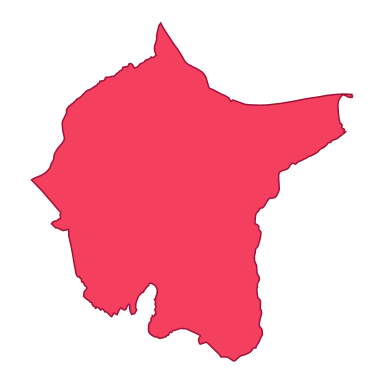 Thuan Bac, Ninh Thuận, Vietnam (Albers equal-area conic projection)
{"feature_id": "81297802B93158398760307", "entity_name": "Thuan Bac", "entity_type": "district", "adm_level": 2, "iso_a3": "VNM", "parent_name": "Vietnam", "parent_adm1": "Ninh Thuận", "projection": "albers", "projection_center": [109.083, 11.744], "detail": "fine", "context": "isolated", "style": "filled", "palette": "rose", "viewbox_px": 384, "rotation_deg": 0, "n_neighbors": 0, "source": "geoboundaries", "source_scale": "gbopen_adm2", "svg_char_len": 5911}
<svg xmlns="http://www.w3.org/2000/svg" viewBox="0 0 384 384"><path d="M76.1,274.0L77.4,276.5L78.2,277.0L79.1,276.7L79.5,276.7L79.7,277.0L80.1,278.2L81.4,279.2L81.6,281.7L82.0,282.1L82.9,282.3L83.6,282.9L84.1,284.4L84.6,285.3L86.0,286.5L86.6,287.3L86.8,288.6L84.2,291.6L83.6,296.0L83.9,296.7L86.4,298.9L89.4,301.0L89.9,301.9L91.1,302.4L92.1,303.1L92.1,304.3L92.7,304.6L93.1,305.9L94.6,306.6L95.1,307.4L95.3,308.2L95.9,308.3L96.8,307.2L97.1,307.2L97.6,307.3L98.6,307.9L100.6,310.1L100.8,310.0L101.8,309.2L103.2,309.4L104.0,310.2L104.7,311.8L105.3,311.9L106.3,311.8L106.6,312.0L108.6,313.9L110.6,316.1L111.7,316.7L113.8,313.1L117.1,314.7L118.5,311.4L120.4,307.9L124.4,310.0L125.8,309.5L127.2,306.2L127.9,305.1L128.2,304.3L128.5,304.2L129.1,304.3L129.8,305.0L129.5,306.6L130.1,310.9L131.6,314.4L132.6,314.1L133.0,313.7L134.1,313.9L134.9,313.2L135.6,311.7L136.4,310.6L136.6,309.6L136.1,308.9L135.8,307.7L135.6,306.4L135.9,304.9L135.6,304.6L135.9,303.3L137.7,298.0L138.3,296.7L140.1,294.4L141.9,292.7L142.6,292.2L143.2,292.3L143.8,291.9L144.0,290.6L144.3,289.9L145.0,289.6L146.1,287.9L149.0,284.9L149.1,283.7L149.6,283.4L149.9,283.0L151.8,283.6L153.8,284.6L155.7,286.2L156.9,288.8L157.4,292.2L157.4,292.8L156.8,293.1L157.2,294.1L157.1,294.5L156.2,295.4L155.6,298.4L155.5,298.7L154.4,299.3L154.8,299.9L155.7,302.1L155.2,303.6L155.1,304.7L156.1,306.2L156.1,307.1L154.7,309.9L155.7,311.8L155.5,313.1L155.9,313.8L156.0,314.3L154.7,314.6L154.4,316.0L153.9,316.4L152.3,315.5L152.1,317.0L151.0,318.3L150.9,321.3L150.7,321.7L149.1,323.1L149.3,323.9L148.7,324.9L148.5,328.4L148.5,330.2L148.9,332.1L149.9,333.7L152.3,335.5L154.8,336.9L157.7,337.1L158.7,338.2L159.2,338.3L160.8,338.2L163.1,337.6L166.2,336.6L166.7,335.5L168.4,335.2L169.6,332.4L170.0,332.3L171.6,332.5L172.4,331.0L172.9,330.7L174.6,330.5L175.0,330.2L180.4,328.5L181.5,328.4L184.0,328.8L184.9,328.8L185.6,328.5L199.6,335.0L200.1,335.5L200.3,335.9L198.9,338.3L198.6,339.4L198.5,340.5L198.9,341.0L199.3,343.2L199.7,343.8L200.2,344.1L201.2,343.9L204.1,342.9L206.7,342.2L218.8,353.9L219.9,355.1L220.7,356.9L226.7,357.0L228.3,357.5L232.8,360.6L234.2,361.0L235.2,360.5L236.2,359.7L239.3,356.8L240.7,355.8L244.5,354.8L247.7,353.5L250.7,351.7L253.1,348.5L254.6,347.8L255.9,347.9L256.4,345.9L258.7,342.6L260.8,337.5L262.3,335.0L262.4,334.1L262.1,330.5L261.8,329.2L259.4,325.9L259.1,324.7L260.2,318.6L261.5,313.8L261.4,310.6L261.2,310.1L260.3,309.4L260.5,301.4L260.2,300.4L259.6,299.4L257.8,297.6L257.0,292.3L256.8,289.4L257.5,286.8L257.4,284.9L257.6,283.6L257.8,282.8L259.0,280.9L259.4,279.4L259.3,278.1L258.7,276.1L257.7,274.5L257.2,273.3L256.9,271.9L256.6,265.7L256.1,264.5L255.4,263.6L255.6,263.1L255.5,262.4L254.8,261.8L254.6,261.1L254.4,256.3L255.3,252.4L255.5,249.7L256.2,248.2L257.5,246.9L258.4,245.1L260.5,237.1L260.9,233.4L260.9,232.1L260.5,231.3L259.1,230.0L258.8,229.4L258.7,226.2L258.1,225.3L255.3,223.6L255.0,222.6L255.2,219.0L255.6,215.2L256.2,213.6L257.2,212.3L258.5,211.0L259.5,209.2L260.3,208.3L262.6,207.8L263.8,206.7L264.7,205.5L267.0,201.4L268.3,199.4L269.4,198.5L271.0,198.1L273.1,198.0L274.8,197.5L275.7,196.9L276.6,195.7L278.1,192.8L279.1,190.3L279.3,187.9L278.7,179.3L278.7,175.1L279.1,173.2L280.0,171.9L281.3,171.0L285.4,169.7L287.4,168.9L288.5,167.9L290.5,164.8L291.6,163.7L292.3,163.3L293.4,163.3L294.8,163.9L295.7,164.2L296.5,163.4L297.0,162.6L298.7,161.6L300.8,160.8L306.7,157.8L308.9,156.3L310.7,156.0L313.3,154.6L314.5,154.1L315.2,153.5L317.1,152.5L320.1,149.3L321.3,148.6L323.8,147.5L324.7,146.7L326.9,144.7L327.5,143.6L328.0,143.0L328.4,142.8L330.7,142.5L331.5,141.0L332.6,140.4L337.6,138.3L338.7,137.4L339.8,136.3L340.8,135.9L342.3,134.4L344.3,133.2L346.3,131.1L344.6,132.3L344.3,132.3L343.7,131.9L344.1,131.0L344.4,129.5L344.2,129.2L342.9,128.6L342.1,127.9L341.7,127.3L341.7,126.9L341.9,126.0L342.2,125.5L341.3,123.8L340.4,123.7L340.0,122.7L339.0,118.7L338.4,113.7L337.9,106.4L338.2,102.1L339.0,99.7L339.6,98.6L340.8,96.8L341.8,95.7L343.1,94.7L344.1,94.7L344.3,95.3L344.7,95.5L345.2,95.1L346.2,95.1L346.3,95.2L346.4,96.1L347.5,96.8L348.9,97.0L350.0,97.5L350.6,97.5L352.0,97.4L352.2,97.0L352.4,96.9L352.2,96.4L352.5,95.9L351.8,95.4L351.9,94.4L344.0,94.0L336.2,94.4L327.7,95.3L318.7,96.9L305.9,98.8L294.0,101.2L280.1,103.5L267.0,105.0L260.4,105.2L250.1,104.9L244.8,104.3L233.1,100.0L232.6,100.1L231.2,101.4L230.7,101.4L229.9,100.0L229.4,98.5L228.0,97.4L225.3,95.8L221.0,93.9L212.4,89.3L209.8,88.6L208.9,87.5L206.0,77.5L204.1,74.2L201.8,71.8L196.8,68.8L188.8,64.7L186.9,63.5L184.7,61.1L182.3,56.8L177.4,48.9L174.1,44.6L163.6,28.5L161.7,25.0L160.8,23.0L158.9,25.6L156.6,35.5L156.6,39.9L154.8,45.2L154.4,48.0L154.8,51.5L156.2,55.2L154.9,56.1L153.8,57.3L153.1,57.6L152.6,57.5L151.5,57.0L151.0,57.1L149.9,58.4L149.2,58.9L146.6,59.7L145.7,60.2L144.0,62.1L143.4,62.6L140.7,63.6L139.6,64.4L137.8,66.6L136.4,67.4L135.6,67.7L134.4,67.7L133.3,66.5L132.7,65.0L131.9,64.1L130.6,63.6L129.8,63.5L129.1,63.8L128.0,66.1L127.5,66.6L126.8,66.9L125.3,66.5L124.5,67.1L122.8,67.3L122.5,68.0L122.4,69.6L120.5,70.5L119.7,71.0L118.7,72.1L116.1,74.1L114.6,75.9L113.8,76.3L112.6,76.3L111.2,76.5L109.1,77.3L106.7,77.1L106.2,77.2L105.6,77.6L105.1,78.1L105.0,79.2L104.7,79.7L103.9,80.4L102.9,80.8L99.8,81.2L99.5,82.4L98.9,83.2L97.9,83.8L97.1,84.9L89.5,89.9L88.3,89.9L86.1,91.3L84.7,92.9L83.4,94.0L82.4,95.0L81.5,96.2L80.4,97.1L78.9,98.2L77.6,98.6L72.6,103.6L71.5,104.1L70.1,105.4L68.9,106.1L66.5,109.7L66.5,113.0L62.7,120.9L62.2,123.0L62.3,125.6L62.9,131.2L64.3,137.3L64.3,138.8L63.7,140.9L62.0,143.4L57.9,148.1L55.9,151.3L54.4,154.3L53.9,156.3L53.8,158.5L53.1,160.8L51.5,163.2L50.8,165.0L50.1,167.5L48.7,169.4L46.3,172.1L44.2,173.6L41.1,175.4L34.0,178.3L31.5,179.9L41.7,190.5L59.9,211.6L60.8,212.9L60.0,215.0L60.6,218.2L60.4,218.8L59.1,218.8L57.1,220.5L53.4,221.6L52.8,222.0L51.5,223.7L53.5,225.8L55.8,227.9L58.0,228.0L60.1,229.3L63.2,230.6L68.6,229.4L68.8,236.0L71.1,246.1L72.7,254.5L73.7,261.0L76.1,274.0Z" fill="#f43f5e" stroke="#9f1239" stroke-width="1.5"/></svg>